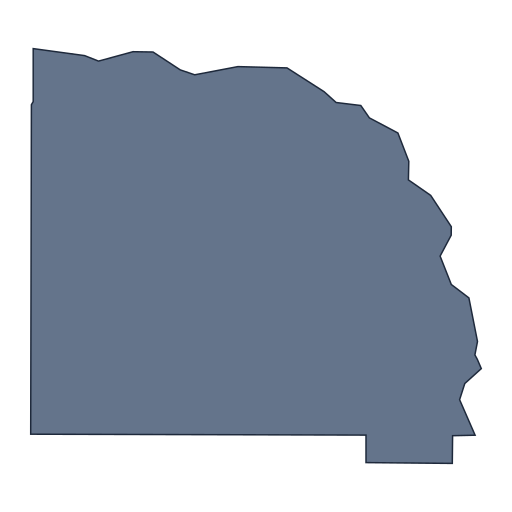 outline of Saunders, Nebraska, United States of America
{"feature_id": "52423323B480079355264", "entity_name": "Saunders", "entity_type": "district", "adm_level": 2, "iso_a3": "USA", "parent_name": "United States of America", "parent_adm1": "Nebraska", "projection": "natural_earth1", "projection_center": [-96.529, 41.234], "detail": "fine", "context": "isolated", "style": "filled", "palette": "slate", "viewbox_px": 512, "rotation_deg": 0, "n_neighbors": 0, "source": "geoboundaries", "source_scale": "gbopen_adm2", "svg_char_len": 571}
<svg xmlns="http://www.w3.org/2000/svg" viewBox="0 0 512 512"><path d="M30.7,434.2L262.5,434.8L366.0,435.1L366.0,462.6L452.3,463.4L452.6,435.7L475.1,435.2L459.6,399.7L464.8,383.5L481.3,368.6L477.3,359.3L474.9,354.9L477.5,341.5L468.9,297.9L451.3,284.5L440.1,256.1L451.2,235.2L451.3,226.7L430.7,195.4L408.4,179.9L408.8,161.3L397.9,133.0L369.4,117.9L360.8,105.5L336.1,102.5L324.1,91.7L287.0,67.9L237.9,66.6L194.7,74.8L180.3,69.9L153.0,52.0L133.0,51.7L98.5,61.1L84.6,55.6L33.2,48.6L33.2,101.6L31.4,104.7L30.7,434.2Z" fill="#64748b" stroke="#1e293b" stroke-width="1.5"/></svg>